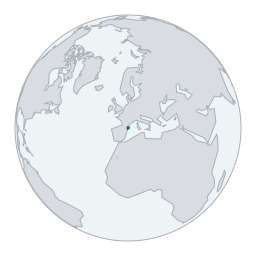 the Earth from above Barcelona, rotated 344°
{"feature_id": "ESP-5809", "entity_name": "Barcelona", "entity_type": "Autonomous Community", "adm_level": 1, "iso_a3": "ESP", "parent_name": "Spain", "parent_adm1": "", "projection": "orthographic", "projection_center": [1.935, 41.755], "detail": "fine", "context": "on_globe", "style": "filled", "palette": "green", "viewbox_px": 256, "rotation_deg": 344, "n_neighbors": 0, "source": "natural_earth", "source_scale": "10m", "svg_char_len": 10166}
<svg xmlns="http://www.w3.org/2000/svg" viewBox="0 0 256 256"><g transform="rotate(344 128 128)"><circle cx="128" cy="128" r="113" fill="#eef3f6" stroke="#a8b0b8"/><path d="M25.7,175.1L25.0,173.5L24.2,171.6L21.1,163.4L18.6,155.0L16.8,145.8L16.7,142.7L16.3,138.9L17.7,136.6L18.2,128.6L18.0,125.9L17.1,126.7L17.1,116.6L18.4,109.4L24.9,82.7L27.0,78.2L29.2,74.1L42.5,55.1L31.6,69.8L34.6,65.0L39.2,58.8L45.6,51.5L49.9,47.0L58.8,39.7L67.7,35.5L64.8,37.5L67.3,36.5L71.1,34.1L73.0,32.8L86.7,28.1L99.8,23.3L102.4,21.4L103.1,22.3L106.8,18.8L112.9,17.2L107.0,19.4L107.1,19.9L111.8,18.7L112.9,19.1L115.8,18.8L116.7,19.4L113.2,21.0L113.7,21.5L117.0,20.7L120.0,21.0L115.1,22.0L119.9,22.8L114.8,26.1L101.1,29.4L99.2,32.7L87.5,40.2L89.5,40.4L86.3,43.7L87.4,45.2L84.9,46.4L88.0,46.6L90.1,45.3L92.1,45.0L92.9,45.8L89.9,47.4L89.0,47.2L88.6,48.2L86.7,48.6L88.1,48.9L84.4,50.9L89.3,50.2L87.3,53.0L84.5,54.0L83.2,52.1L73.5,50.7L70.3,51.6L67.0,54.4L64.0,63.4L61.0,65.3L58.1,69.2L60.5,68.8L63.5,65.7L67.1,66.2L70.5,62.6L72.4,62.3L76.5,59.6L77.5,62.0L76.3,66.0L73.0,68.5L72.4,70.4L76.9,69.8L72.0,76.5L71.1,84.6L69.6,86.3L64.4,85.9L61.0,81.1L54.3,81.7L60.3,83.5L56.6,88.1L56.7,89.9L57.9,91.0L59.9,90.2L59.0,92.3L52.7,91.1L53.4,89.1L55.4,89.4L53.8,87.3L49.5,87.0L48.0,89.6L43.2,87.1L42.0,89.0L40.3,89.7L42.5,86.8L38.5,92.2L32.6,91.7L27.0,101.3L30.7,91.0L30.9,87.4L30.6,84.1L29.7,85.5L30.7,79.8L29.3,78.6L25.4,84.1L22.4,91.2L21.6,96.7L22.9,95.2L23.2,98.4L19.7,103.9L19.7,111.7L17.8,117.3L17.3,122.4L18.2,124.9L18.8,129.8L20.4,128.6L22.4,130.5L21.3,135.6L23.4,133.1L23.9,137.7L28.7,144.9L28.0,145.5L31.9,157.6L38.0,166.6L39.4,171.7L38.5,173.2L41.0,176.0L41.1,177.5L52.8,188.0L60.3,195.5L60.9,200.3L56.6,202.5L56.9,210.4L50.2,207.5L51.4,209.9L51.1,210.3L45.0,204.1L39.3,197.4L34.2,190.3L29.6,182.9L25.7,175.1ZM25.3,104.0L25.4,115.8L23.8,112.1L24.4,112.1L24.7,108.4L24.7,103.2L23.6,100.4L25.3,104.0ZM28.9,102.3L28.7,100.7L29.1,101.9L28.9,102.3ZM73.7,32.2L71.1,34.1L67.2,36.2L69.2,34.6L73.7,32.2ZM81.2,28.8L80.3,29.6L77.6,30.2L78.9,29.5L81.2,28.8ZM103.9,20.1L101.6,20.9L103.5,20.1L103.9,20.1ZM116.0,18.7L116.3,18.4L117.7,18.4L116.0,18.7ZM75.6,58.5L76.0,59.1L75.1,59.3L75.6,58.5ZM77.0,56.9L75.6,56.7L76.0,56.0L76.9,56.1L77.0,56.9ZM120.4,19.4L122.5,19.7L119.8,19.7L120.4,19.4ZM78.6,57.3L77.0,54.6L77.8,53.3L81.8,52.6L78.6,57.3ZM123.3,20.0L128.5,20.8L129.6,20.1L129.4,22.7L125.1,21.0L121.5,21.0L123.5,20.5L123.3,20.0ZM90.3,44.5L88.2,46.0L89.2,44.0L90.3,44.5ZM90.5,43.3L90.7,38.1L94.3,36.5L93.5,38.5L97.6,35.9L99.2,37.7L97.4,39.5L94.7,40.1L97.4,40.3L90.5,43.3ZM128.4,24.0L129.1,24.6L127.7,24.3L128.4,24.0ZM93.0,44.7L92.7,43.7L95.8,42.2L96.9,43.9L95.5,43.8L93.0,44.7ZM97.8,34.5L100.3,33.8L102.4,35.0L103.6,34.9L99.6,37.6L97.8,34.5ZM95.3,44.6L97.4,44.9L96.7,46.4L93.4,45.6L95.3,44.6ZM96.1,41.1L97.7,40.5L97.2,41.4L96.1,41.1ZM95.4,52.3L95.0,50.9L96.6,50.0L95.4,52.3ZM98.2,44.9L98.5,44.4L99.1,43.9L100.3,44.4L98.2,44.9ZM101.3,38.3L101.6,39.0L103.0,37.3L104.6,38.2L101.6,39.9L103.6,39.6L104.1,39.9L101.1,41.0L101.3,38.3ZM103.3,43.6L100.0,46.2L100.4,48.8L99.0,49.7L98.6,45.4L103.3,43.6ZM102.2,41.9L102.6,43.1L100.7,43.5L99.3,42.9L102.2,41.9ZM106.7,38.3L105.1,36.4L105.8,36.2L106.7,38.3ZM103.7,44.2L104.5,43.6L104.0,44.3L103.7,44.2ZM106.2,40.0L105.6,39.3L106.4,39.0L106.2,40.0ZM106.6,42.9L105.6,43.7L104.6,43.3L106.6,42.9ZM106.8,41.5L108.0,41.3L104.9,42.7L106.3,41.2L106.8,41.5ZM107.1,39.8L107.4,39.4L107.3,40.2L107.1,39.8ZM110.9,44.1L107.2,46.0L105.0,45.0L109.0,43.3L110.9,44.1ZM225.3,71.3L227.3,74.8L228.2,76.5L228.3,77.0L230.9,82.6L231.9,84.4L236.4,97.4L236.5,98.2L238.3,105.1L238.9,108.2L238.9,108.3L237.6,102.6L235.3,97.0L236.2,101.9L234.9,98.8L231.9,96.1L232.4,103.2L234.1,119.5L236.4,128.3L236.1,134.8L230.7,127.6L227.0,120.5L225.9,123.7L219.8,121.2L211.6,129.8L209.7,128.4L208.3,131.1L203.8,131.7L200.6,129.1L198.2,131.1L206.7,138.0L209.1,135.7L210.1,129.7L212.0,132.8L216.2,133.0L214.3,145.9L200.9,164.4L198.3,158.2L181.7,144.2L181.5,141.6L181.4,141.4L181.1,141.0L180.9,145.4L177.6,142.2L187.8,153.5L190.1,159.0L200.7,164.9L200.0,166.5L203.1,167.0L211.4,158.5L211.7,160.7L208.5,174.0L196.0,194.3L197.0,201.3L194.9,208.0L185.5,215.7L184.8,219.4L179.7,222.6L178.4,224.7L173.4,228.1L165.8,231.8L154.4,234.7L154.9,233.4L151.0,231.3L146.2,222.9L150.3,217.4L149.8,213.2L141.5,204.1L143.4,197.7L140.8,195.3L135.8,196.4L132.7,193.3L129.5,193.4L108.7,195.3L101.6,190.3L91.5,175.0L94.8,169.7L94.1,162.5L115.5,139.2L121.4,140.8L139.8,136.1L142.3,136.8L141.7,142.9L156.7,147.6L159.8,141.8L171.9,142.3L179.0,139.4L178.8,127.6L167.2,132.1L163.7,127.4L171.8,119.2L181.8,115.5L180.7,113.6L173.2,111.7L174.2,106.8L170.4,110.7L172.9,112.1L170.6,114.8L168.2,113.7L168.7,111.9L165.3,112.1L164.0,120.9L166.4,123.3L158.4,127.3L161.6,131.7L159.8,134.6L153.8,128.3L153.4,125.4L143.3,119.2L143.0,122.5L152.5,128.7L150.1,128.7L149.7,133.6L148.1,129.8L137.7,122.5L129.7,125.4L121.6,137.8L116.4,138.9L111.1,136.5L111.8,124.4L123.3,123.5L123.7,119.6L119.5,114.1L123.4,114.4L123.1,112.2L127.2,111.6L131.3,105.8L135.2,104.8L135.0,97.9L137.0,96.5L136.6,100.9L138.4,103.6L148.0,101.2L149.3,99.4L148.4,95.2L151.1,95.3L149.1,91.6L153.7,88.5L146.3,89.3L145.0,84.9L146.9,80.7L145.1,79.5L142.1,86.3L142.1,89.0L144.3,91.0L143.1,98.9L140.2,100.7L136.4,93.3L131.8,95.3L130.8,89.0L139.5,73.8L144.1,70.2L155.2,72.7L155.2,75.8L151.2,76.3L156.5,79.6L155.3,77.5L157.6,77.7L157.0,73.8L158.6,73.8L155.3,70.3L157.2,69.8L159.2,72.1L159.9,66.4L163.4,64.6L162.7,63.4L161.1,62.6L166.6,61.2L165.9,60.3L163.8,60.4L161.1,58.9L158.5,55.8L160.5,55.5L161.7,56.6L167.4,58.5L170.3,61.7L170.9,61.3L168.8,58.5L161.9,56.0L159.7,54.3L163.1,55.0L161.7,54.6L161.2,53.6L162.7,52.5L159.1,51.6L151.4,42.5L153.5,39.6L157.3,41.0L154.1,35.2L156.7,33.0L154.8,33.0L152.0,30.6L151.1,31.3L150.0,31.1L142.4,26.0L142.2,24.7L136.8,23.1L135.8,23.2L135.6,24.0L129.4,22.7L129.6,20.1L131.8,20.0L130.5,18.8L135.7,18.8L139.4,18.4L145.8,19.6L148.2,19.4L147.4,19.0L150.0,18.7L158.1,20.0L155.1,20.8L143.6,20.4L148.6,20.6L148.5,21.2L150.9,21.7L154.4,22.0L154.1,21.6L165.0,26.3L175.4,29.7L172.1,27.3L172.8,26.7L181.8,29.8L198.4,40.7L199.5,41.1L201.5,42.6L204.6,45.4L201.9,43.2L202.5,44.2L200.5,42.7L204.6,46.8L201.9,44.9L206.4,49.3L207.7,49.9L205.1,46.7L210.1,51.8L211.0,52.0L213.4,54.5L219.7,62.6L225.3,71.3ZM109.8,152.1L109.6,154.3L109.8,152.1ZM193.6,117.1L198.7,114.0L194.2,108.7L195.8,107.2L193.6,106.1L193.8,108.4L188.3,105.0L189.7,101.5L188.0,98.9L186.1,99.9L184.5,106.9L192.3,111.7L192.1,115.2L193.6,117.1ZM28.9,145.1L29.3,146.9L28.4,145.8L28.9,145.1ZM22.7,113.6L23.1,115.3L23.1,116.9L22.6,115.9L22.7,113.6ZM28.3,126.8L29.1,129.0L27.9,127.5L28.3,126.8ZM25.6,117.5L27.5,125.2L25.1,123.1L24.1,118.3L25.3,120.4L25.6,117.5ZM27.0,104.5L27.1,105.9L26.5,106.5L27.0,104.5ZM29.1,103.3L29.0,103.0L29.3,101.7L29.1,103.3ZM57.0,88.1L57.5,88.3L58.3,89.8L57.2,89.8L57.0,88.1ZM66.3,93.0L64.7,96.4L65.1,93.9L63.2,94.3L61.7,89.8L68.8,86.9L65.9,88.9L66.3,93.0ZM61.7,83.2L61.9,86.2L61.4,83.1L61.7,83.2ZM117.4,101.4L119.4,102.7L118.6,105.3L113.6,107.3L114.6,103.4L117.4,101.4ZM122.4,104.0L119.9,96.5L123.0,95.1L121.7,97.1L123.9,97.0L122.4,100.2L127.7,106.5L127.4,109.3L118.3,111.1L121.5,108.9L119.3,107.6L122.4,104.0ZM108.4,81.9L107.4,79.2L115.3,79.7L115.3,82.2L110.3,84.1L107.3,82.4L108.4,81.9ZM85.9,56.8L85.0,56.2L85.8,55.7L87.3,55.8L85.9,56.8ZM95.1,51.7L90.7,59.0L89.4,58.7L88.3,63.7L84.6,64.8L85.4,61.4L81.7,66.2L81.0,63.6L78.8,67.0L81.1,59.4L80.3,57.4L82.6,59.2L86.1,58.2L87.3,57.2L90.3,53.0L90.2,48.6L93.7,47.1L96.1,47.3L96.6,48.1L94.2,48.7L96.6,49.4L93.6,51.0L95.1,51.7ZM122.5,53.4L119.5,53.2L123.8,56.0L120.8,57.1L121.5,57.3L119.9,59.2L119.2,62.0L117.6,62.1L118.0,63.2L116.9,64.5L116.9,66.0L114.1,67.0L113.9,68.9L112.6,68.3L113.0,71.5L111.4,69.5L109.9,71.3L112.3,72.2L96.8,74.8L91.6,77.8L88.1,81.5L85.9,78.0L87.7,72.5L91.8,66.8L97.2,64.6L95.2,63.6L97.2,62.3L97.9,63.7L98.0,60.8L99.8,60.2L103.5,55.9L102.4,52.5L103.7,51.0L105.1,52.0L105.4,49.8L108.8,50.7L109.8,49.6L114.2,49.6L116.2,52.4L117.1,51.0L120.5,51.1L122.5,53.4ZM112.1,44.2L115.2,46.9L115.0,48.9L107.5,48.1L106.1,48.9L101.3,48.7L101.7,45.9L103.0,46.2L104.4,45.8L103.7,46.8L105.3,45.7L107.2,46.1L108.9,45.4L109.4,46.5L112.1,44.2ZM144.4,134.1L146.2,134.1L148.8,133.3L148.6,136.5L144.4,134.1ZM137.2,129.2L138.7,128.6L139.8,132.5L137.9,132.7L137.2,129.2ZM138.7,125.1L138.7,128.3L137.6,126.6L138.7,125.1ZM137.9,100.2L139.4,99.4L139.9,100.3L139.4,101.9L137.9,100.2ZM134.7,62.7L133.0,62.0L133.3,61.4L131.0,58.7L133.1,57.8L135.2,59.1L134.7,62.7ZM177.4,130.3L175.8,133.2L174.5,132.7L175.3,131.8L177.4,130.3ZM161.9,135.5L165.9,135.8L161.8,136.4L161.9,135.5ZM136.6,61.2L135.4,60.2L137.2,60.4L136.6,61.2ZM134.4,57.0L136.4,56.9L133.0,57.3L134.4,57.0ZM209.5,198.0L200.4,211.4L196.5,213.9L196.9,211.8L201.1,204.6L206.1,199.8L208.9,195.3L209.5,198.0ZM240.0,116.1L239.9,115.6L239.8,114.0L240.0,116.1ZM236.6,128.8L238.1,131.8L237.7,134.2L236.6,128.8ZM229.8,79.9L230.3,80.9L229.8,79.8L228.1,76.4L228.3,76.8L229.8,79.9ZM152.5,53.6L153.4,58.3L155.4,61.4L158.7,62.7L154.5,63.1L151.4,58.2L152.5,53.6ZM151.4,43.8L148.5,43.0L149.4,42.2L150.2,42.3L151.4,43.8ZM149.8,44.1L146.9,45.3L145.1,44.2L147.8,43.4L149.8,44.1ZM141.9,52.9L142.0,54.3L140.5,54.1L141.9,52.9ZM186.3,31.6L185.3,31.0L183.0,29.7L183.5,30.0L186.3,31.6ZM184.4,30.5L178.7,27.8L176.0,26.2L176.7,26.4L180.4,28.3L181.6,29.0L184.4,30.5ZM176.5,26.7L177.6,27.4L171.5,26.4L169.5,25.9L172.8,25.4L174.0,26.2L175.9,26.8L176.5,26.7ZM130.0,24.2L129.2,24.5L129.2,24.0L130.0,24.2ZM149.6,31.5L148.1,31.3L148.2,30.6L149.6,31.5ZM143.9,30.2L144.9,31.2L143.0,30.3L143.9,30.2ZM147.1,33.5L144.8,31.7L148.2,33.2L147.1,33.5Z" fill="#d9dde1" stroke="#a8b0b8" stroke-width="1"/><path d="M129.2,128.2L129.1,128.3L128.8,128.4L128.7,128.5L128.4,128.8L128.2,128.9L128.1,129.0L127.9,129.0L127.5,129.1L127.5,128.9L127.4,128.8L127.4,128.7L127.2,128.5L127.3,128.4L127.2,128.3L127.2,128.2L127.3,128.2L127.2,128.1L127.2,127.9L127.3,127.9L127.3,128.0L127.4,127.9L127.4,128.0L127.5,128.0L127.6,127.9L127.5,127.7L127.6,127.4L127.7,127.2L127.9,126.9L128.0,126.9L128.2,127.0L128.2,127.3L128.2,127.2L128.3,127.3L128.4,127.2L128.5,127.2L128.5,127.3L128.8,127.4L128.8,127.5L128.7,127.6L128.8,127.6L128.7,127.7L128.7,127.8L128.6,127.7L128.6,127.8L128.9,128.1L129.0,128.0L129.2,128.2Z" fill="#22c55e" stroke="#15803d" stroke-width="1.5"/></g></svg>